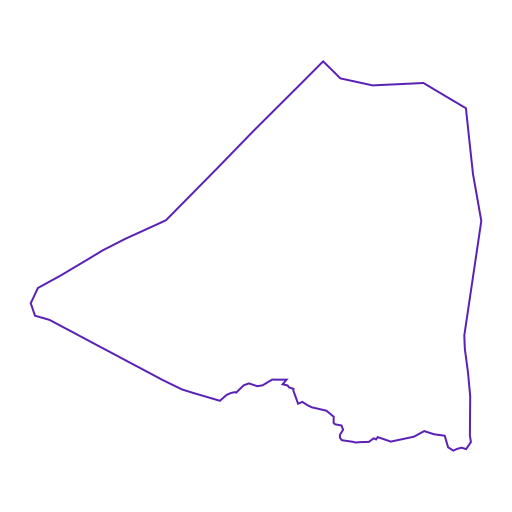 the district of San Agustín Tlacotepec, Oaxaca, Mexico
{"feature_id": "50627088B32535788787618", "entity_name": "San Agustín Tlacotepec", "entity_type": "district", "adm_level": 2, "iso_a3": "MEX", "parent_name": "Mexico", "parent_adm1": "Oaxaca", "projection": "albers", "projection_center": [-97.514, 17.2], "detail": "fine", "context": "isolated", "style": "outline", "palette": "violet", "viewbox_px": 512, "rotation_deg": 0, "n_neighbors": 0, "source": "geoboundaries", "source_scale": "gbopen_adm2", "svg_char_len": 1237}
<svg xmlns="http://www.w3.org/2000/svg" viewBox="0 0 512 512"><path d="M423.5,83.0L372.6,85.4L340.4,78.4L323.2,61.4L320.8,63.7L301.9,82.7L253.2,131.2L217.3,168.2L166.0,220.2L150.8,227.2L125.5,238.7L102.6,250.4L91.4,257.2L59.8,276.0L38.0,287.9L37.6,288.6L32.7,299.1L30.7,303.2L32.0,306.9L35.0,315.7L49.5,319.9L162.4,379.9L181.9,389.4L192.1,392.6L219.9,400.8L226.6,394.9L230.6,393.1L230.9,393.0L235.1,392.1L236.2,392.6L243.7,385.3L248.9,383.4L257.3,386.2L262.6,385.3L272.2,379.6L283.9,379.7L286.5,379.7L282.6,384.3L287.5,385.4L289.2,387.5L293.5,388.9L293.4,390.8L298.1,403.7L302.3,401.9L307.8,405.4L311.8,407.3L318.3,408.8L326.4,410.7L333.7,416.7L333.6,422.9L335.1,424.3L341.5,425.5L343.1,429.7L339.9,435.0L340.0,437.7L341.8,440.2L353.4,441.9L355.3,442.5L360.6,442.1L368.9,441.9L373.7,438.3L376.1,439.4L377.7,437.1L390.8,441.6L413.9,436.7L424.2,431.1L434.2,434.3L444.7,435.7L448.1,447.3L453.3,450.6L457.3,448.8L461.6,447.7L466.1,449.1L470.9,442.1L469.9,435.4L470.2,396.3L468.0,372.5L464.9,349.3L464.6,343.8L464.3,335.4L481.3,221.0L475.6,188.7L473.0,174.1L469.6,142.8L466.3,111.8L466.3,111.5L465.9,108.2L463.8,107.0L462.1,106.0L455.1,101.8L453.0,100.6L436.0,90.5L434.0,89.3L423.5,83.0Z" fill="none" stroke="#5b21b6" stroke-width="2"/></svg>